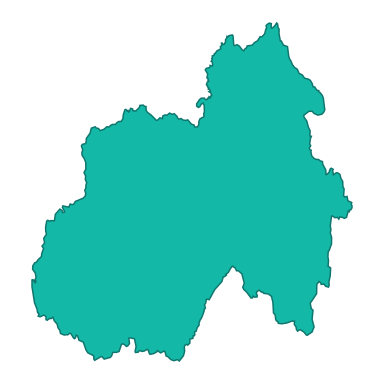 outline of Ikalamavony, Haute Matsiatra, Madagascar
{"feature_id": "10022922B85703559853082", "entity_name": "Ikalamavony", "entity_type": "district", "adm_level": 2, "iso_a3": "MDG", "parent_name": "Madagascar", "parent_adm1": "Haute Matsiatra", "projection": "equal_earth", "projection_center": [45.831, -21.226], "detail": "fine", "context": "isolated", "style": "filled", "palette": "teal", "viewbox_px": 384, "rotation_deg": 0, "n_neighbors": 0, "source": "geoboundaries", "source_scale": "gbopen_adm2", "svg_char_len": 5915}
<svg xmlns="http://www.w3.org/2000/svg" viewBox="0 0 384 384"><path d="M312.4,331.7L312.3,331.1L314.1,327.0L312.1,319.2L313.0,310.2L311.3,308.6L310.2,303.3L316.6,293.7L316.8,284.4L319.0,281.5L320.8,283.0L321.2,284.4L324.0,284.1L325.6,286.3L328.5,287.1L329.2,285.0L328.9,281.9L330.2,276.0L330.6,268.4L330.5,267.7L328.1,266.4L328.5,260.6L327.9,256.5L328.2,251.8L329.2,250.3L331.5,244.0L331.6,237.4L330.3,233.0L330.9,229.8L330.3,225.7L331.5,216.3L332.3,215.9L335.0,217.7L337.5,217.4L338.8,219.1L339.7,217.0L342.6,217.4L344.3,218.4L346.5,217.4L348.3,210.9L349.2,211.7L349.8,210.1L350.8,209.8L352.0,207.8L352.0,205.7L351.3,204.6L351.7,202.5L347.9,200.8L347.0,196.4L344.7,196.9L343.6,195.9L344.1,189.0L342.9,186.4L342.7,181.4L341.0,178.6L339.8,174.2L337.4,172.8L336.2,172.8L333.5,174.8L332.6,170.5L333.2,169.3L331.2,168.2L330.1,169.1L329.0,172.5L326.4,174.7L325.9,174.5L325.8,170.0L322.8,164.4L322.4,161.5L320.6,161.1L318.5,159.5L315.7,159.3L313.9,158.3L311.8,156.0L310.9,151.9L311.2,150.2L310.0,149.9L309.3,148.2L310.7,145.6L309.8,144.1L309.8,142.9L310.4,138.7L311.4,136.3L309.9,136.0L310.1,130.7L308.4,127.3L306.8,121.1L303.9,117.0L303.9,115.2L308.9,111.3L312.2,111.3L314.0,113.4L317.8,115.1L321.9,114.2L323.8,112.1L324.8,109.8L323.3,98.1L322.3,95.4L319.8,92.3L318.6,91.8L318.8,90.7L316.7,90.1L314.8,87.0L313.0,86.7L312.3,83.8L310.3,80.3L308.0,79.0L304.5,78.2L302.4,75.0L299.1,73.4L297.3,69.2L294.7,67.6L292.5,64.8L290.7,60.5L289.6,59.0L288.7,56.1L287.5,46.6L283.4,45.1L281.3,41.0L280.3,40.8L279.0,33.6L279.1,29.2L278.1,27.5L277.5,23.9L276.7,23.0L274.9,25.7L272.2,28.2L271.6,28.2L271.1,26.9L271.3,23.6L269.3,23.1L267.9,23.9L266.1,25.5L266.6,28.3L265.8,29.2L264.7,33.8L261.8,36.9L260.1,36.7L257.5,40.8L254.4,42.6L252.2,45.2L247.2,45.9L246.4,48.1L245.3,48.5L243.8,50.8L241.9,49.5L239.5,46.2L237.2,44.7L234.7,45.6L233.8,45.1L233.0,35.7L232.2,34.9L229.0,35.7L227.9,36.9L227.0,36.3L226.7,38.0L225.5,39.8L225.6,41.6L224.2,44.3L222.9,44.4L222.3,43.1L221.5,43.1L221.5,44.1L222.0,44.6L221.5,45.8L220.4,46.4L220.7,48.9L216.9,50.9L215.3,53.3L214.4,53.7L214.1,55.1L212.2,56.0L212.5,57.4L211.7,58.5L212.3,59.3L211.2,61.4L212.2,61.8L212.7,64.7L212.3,66.0L210.1,65.4L210.1,66.6L209.3,67.6L206.2,68.4L205.3,69.9L207.7,74.0L206.9,77.9L208.1,78.4L208.0,80.5L208.7,81.2L207.3,82.1L206.4,84.7L207.6,85.7L207.4,86.7L208.9,88.1L208.2,89.0L210.3,90.3L210.2,91.2L209.0,91.7L210.8,92.8L211.7,95.6L210.7,96.1L210.4,97.7L209.0,96.7L208.5,98.2L207.7,98.2L207.4,99.3L206.3,99.6L205.4,99.5L204.3,98.1L201.2,98.2L199.6,99.5L196.6,103.9L196.7,106.1L198.4,107.5L199.9,106.6L201.2,104.2L203.0,103.1L204.2,105.5L204.4,112.2L203.7,113.5L204.0,116.7L200.0,118.8L198.9,121.4L198.8,124.4L197.6,126.8L195.1,127.2L193.9,124.9L191.6,124.3L187.7,119.8L186.3,120.4L183.2,120.1L181.0,118.5L179.2,119.2L177.9,118.4L176.9,116.2L174.2,113.7L172.2,114.3L169.5,113.1L167.1,115.2L164.9,114.9L162.7,116.1L162.4,118.7L159.9,117.8L157.9,119.9L156.4,120.4L151.3,115.2L147.4,112.3L146.1,110.2L146.0,106.5L144.7,106.4L143.2,105.1L139.9,105.4L139.4,107.4L135.9,110.9L133.2,110.9L132.5,108.8L131.5,108.5L130.5,108.4L129.7,110.9L128.7,111.9L128.0,110.4L127.2,111.1L125.9,109.4L124.8,109.9L123.2,115.2L122.9,118.8L121.2,121.4L118.8,121.5L116.8,122.7L115.5,124.4L112.5,124.4L110.5,125.4L109.2,126.9L106.7,126.8L104.1,129.2L100.1,130.6L98.5,128.5L96.4,128.1L95.2,126.8L91.3,128.2L90.1,133.1L86.4,138.3L86.0,142.8L85.0,143.7L82.3,144.4L81.4,145.8L82.7,150.0L81.8,152.9L82.2,155.6L84.2,158.5L85.8,162.6L85.8,169.1L84.0,172.7L85.7,175.9L85.3,179.4L86.7,182.7L85.9,185.3L85.9,187.9L84.8,190.3L85.7,193.2L85.3,195.9L83.3,198.1L75.4,201.4L73.7,204.2L72.2,204.6L70.2,204.0L68.8,207.1L62.8,205.9L62.4,207.4L64.4,211.0L64.5,212.2L62.5,212.5L62.1,210.5L59.9,209.1L55.4,214.2L54.4,220.8L50.9,220.6L49.7,221.2L47.8,220.3L46.7,221.1L45.6,227.2L45.7,231.3L46.5,234.1L43.7,238.3L44.6,242.9L42.0,246.2L43.6,248.4L41.8,253.3L41.4,256.6L38.0,259.8L36.5,262.1L34.6,262.9L32.8,265.9L32.6,269.2L35.3,273.1L36.1,277.6L34.9,279.8L36.0,281.5L35.1,282.8L33.0,279.7L32.0,279.9L32.0,286.7L34.5,302.7L37.0,309.1L37.6,312.6L39.0,313.9L38.2,316.2L40.1,316.8L43.6,315.2L44.6,315.4L46.0,316.9L46.0,319.7L47.2,320.2L49.4,318.6L51.3,318.5L52.9,317.2L54.3,320.9L57.1,324.1L58.0,327.7L59.8,330.4L60.5,333.5L64.1,335.0L67.9,334.7L69.5,333.4L70.8,333.5L73.6,338.1L74.6,338.7L75.6,337.6L76.1,335.3L77.6,335.8L79.0,340.3L82.9,341.9L83.6,343.0L86.0,349.9L87.9,352.9L93.6,355.7L93.9,359.2L94.7,360.3L101.0,356.6L102.1,356.8L104.2,359.1L110.3,357.4L111.7,355.8L112.7,352.4L116.3,352.4L119.1,351.5L121.3,344.7L122.2,343.8L124.3,344.4L126.3,346.4L127.6,346.0L129.5,343.6L128.8,338.2L130.3,337.9L134.5,338.8L136.1,346.6L135.1,351.3L135.4,352.5L138.2,352.2L139.0,350.9L139.8,350.6L141.8,351.4L144.0,351.1L147.3,349.4L148.2,350.0L149.4,353.8L150.1,354.3L153.7,353.6L156.7,351.9L157.3,350.6L160.7,352.9L164.1,351.0L165.1,352.1L166.1,356.0L167.6,356.5L170.9,359.6L173.9,360.7L177.5,359.6L179.3,361.0L183.4,355.8L184.6,351.5L184.3,347.2L184.9,345.3L186.4,344.4L187.8,345.1L189.9,343.0L189.9,339.1L192.9,338.4L193.0,335.9L194.4,335.7L194.9,334.3L194.4,333.1L195.1,331.5L196.1,331.3L197.2,327.7L199.1,325.1L199.0,323.2L200.4,319.3L201.1,318.9L202.6,315.3L204.1,311.1L204.1,309.6L205.4,308.3L204.6,304.7L205.8,302.8L206.3,299.7L206.7,299.2L209.2,299.7L214.7,289.6L221.8,281.7L223.3,276.8L224.5,276.7L226.4,275.1L225.7,274.4L228.3,272.5L230.4,268.6L232.5,266.1L235.3,268.1L236.5,270.8L238.3,270.7L241.9,273.9L244.3,283.3L242.7,287.3L243.8,289.5L246.5,291.9L251.0,298.0L252.5,297.9L253.1,296.2L254.6,297.1L257.0,297.0L257.3,295.7L256.3,292.9L257.1,291.5L259.2,290.1L261.3,292.1L262.4,291.9L263.8,293.4L268.2,293.9L271.5,296.4L272.9,302.3L273.5,313.1L275.1,314.7L275.7,319.5L276.4,320.8L277.9,321.7L278.3,323.3L281.8,323.8L287.1,322.9L291.6,321.2L294.5,321.1L294.3,324.4L296.1,327.1L296.4,329.5L297.7,331.2L299.1,329.9L300.8,330.0L304.2,332.3L306.2,334.9L307.2,335.3L312.4,331.7Z" fill="#14b8a6" stroke="#0f766e" stroke-width="1.5"/></svg>